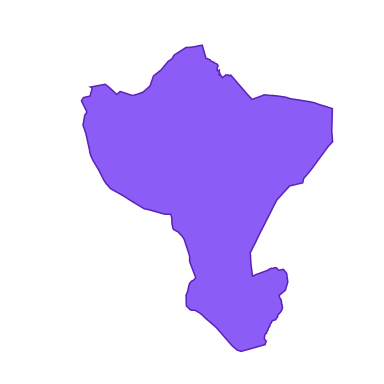 Santo Tomás Ocotepec, Oaxaca, Mexico, rotated 282°
{"feature_id": "50627088B23444844999779", "entity_name": "Santo Tomás Ocotepec", "entity_type": "district", "adm_level": 2, "iso_a3": "MEX", "parent_name": "Mexico", "parent_adm1": "Oaxaca", "projection": "orthographic", "projection_center": [-97.795, 17.12], "detail": "fine", "context": "isolated", "style": "filled", "palette": "violet", "viewbox_px": 384, "rotation_deg": 282, "n_neighbors": 0, "source": "geoboundaries", "source_scale": "gbopen_adm2", "svg_char_len": 3916}
<svg xmlns="http://www.w3.org/2000/svg" viewBox="0 0 384 384"><g transform="rotate(282 192 192)"><path d="M325.8,177.8L328.6,176.3L334.7,173.1L337.7,171.5L336.4,168.1L334.9,164.9L333.2,160.4L332.6,158.2L332.2,156.2L322.4,146.2L317.8,144.5L314.8,141.5L304.9,136.3L297.5,130.2L291.9,129.5L286.8,128.8L279.6,123.4L276.3,118.2L274.0,113.8L275.4,100.8L271.8,98.2L276.9,89.6L279.3,84.7L276.9,78.9L273.6,71.0L273.3,72.4L271.1,72.8L267.6,72.4L264.7,72.4L261.8,66.2L260.3,65.6L258.2,64.9L249.9,71.4L248.2,72.6L244.9,71.1L241.4,71.2L237.0,71.4L234.8,71.4L228.8,75.1L225.1,77.0L216.8,80.7L211.8,83.0L209.8,83.7L206.5,85.4L201.9,88.9L199.9,90.8L197.5,93.0L194.1,96.2L184.9,103.6L182.3,106.3L180.3,109.0L179.3,110.3L178.3,111.7L177.5,114.3L176.8,116.5L175.7,120.3L173.7,126.3L172.8,128.9L171.7,131.5L169.5,137.6L168.1,141.7L166.2,147.2L165.7,148.7L165.7,152.8L165.4,157.3L165.2,161.3L164.6,169.5L165.5,174.4L165.7,175.9L162.2,177.7L156.9,179.0L152.4,180.9L151.4,182.0L150.6,184.8L150.0,186.8L148.8,188.4L146.9,191.3L144.2,194.1L143.3,194.6L142.0,195.4L140.8,196.1L138.8,197.2L136.1,198.8L133.7,200.2L129.6,202.5L128.7,203.0L123.5,204.1L108.9,213.5L106.7,212.2L105.8,211.6L104.7,210.1L102.1,208.6L98.9,208.4L95.5,208.4L92.3,208.2L89.6,207.6L88.3,208.0L85.5,208.7L81.8,209.5L79.3,210.3L78.0,212.5L77.4,213.3L76.6,214.1L76.3,216.4L76.9,219.4L75.4,224.5L73.5,228.1L71.2,231.7L64.5,243.9L49.8,263.4L46.8,269.0L46.3,273.2L47.6,275.6L51.6,283.3L53.2,286.4L53.2,286.5L54.5,288.7L55.3,290.2L55.3,290.3L57.7,294.8L57.8,295.2L60.1,295.4L61.6,295.6L62.6,294.3L63.3,293.3L67.8,292.9L67.9,293.1L68.8,293.5L69.0,293.8L69.4,294.3L70.9,294.1L71.6,294.5L72.7,294.9L73.1,295.0L73.7,295.1L74.2,295.1L74.8,295.1L75.4,295.4L76.0,295.3L76.5,295.9L77.0,296.1L77.5,296.1L77.7,295.9L78.8,295.7L79.3,296.1L80.0,296.6L81.0,296.8L81.9,297.0L82.5,297.2L82.9,297.5L83.0,297.8L83.4,298.6L83.8,299.1L83.9,299.6L84.6,300.4L85.1,300.6L85.5,300.6L85.8,300.6L86.5,301.0L87.2,301.5L87.5,301.7L88.2,301.7L88.8,301.3L89.0,301.3L89.4,301.3L89.6,301.5L91.1,302.6L91.9,303.0L92.5,303.4L92.9,303.6L93.2,303.6L93.8,303.8L94.0,303.9L94.3,304.1L94.6,304.3L95.3,304.4L97.0,304.4L97.2,304.5L97.5,304.7L97.9,304.5L98.8,304.1L99.3,303.9L99.8,303.7L100.1,303.7L100.3,303.7L100.7,303.4L100.9,303.3L101.6,302.8L102.3,302.5L102.7,302.4L103.0,302.5L103.4,302.4L103.8,302.1L104.1,302.0L104.5,301.7L104.9,301.7L105.0,301.7L106.3,300.3L106.5,300.0L107.2,299.7L107.4,299.5L107.8,299.2L108.7,298.9L108.9,298.7L115.4,303.8L124.0,304.4L132.1,301.5L135.4,297.4L133.7,293.9L133.6,293.4L133.8,292.5L135.4,290.3L135.3,288.9L134.5,287.8L134.1,287.2L133.9,286.1L133.8,285.2L132.0,283.0L131.3,282.3L130.5,281.3L124.2,271.2L122.2,268.9L122.4,268.7L122.8,268.5L133.7,264.7L137.5,263.6L142.9,262.2L144.2,261.5L148.7,262.7L151.9,263.5L154.7,264.3L159.2,265.4L161.5,265.9L167.8,267.5L171.4,268.5L176.6,269.9L181.1,271.1L189.3,273.3L193.7,274.4L201.1,276.4L203.3,277.5L210.5,281.7L214.8,284.3L218.2,286.2L221.1,292.3L222.7,295.7L224.0,298.4L228.4,298.4L237.6,303.4L242.2,305.5L251.6,309.7L256.1,311.8L265.2,315.9L267.1,317.1L270.5,319.1L272.1,318.6L275.5,317.6L280.4,316.1L287.5,314.8L297.1,313.0L302.7,312.0L303.6,303.7L303.9,299.1L304.7,293.1L304.8,288.3L304.6,284.9L304.2,276.8L303.7,268.9L304.2,264.7L304.2,263.6L303.8,256.9L303.2,250.6L302.9,249.5L302.5,246.4L302.3,244.5L302.1,242.2L301.0,241.0L299.2,238.1L295.1,231.5L299.1,225.8L314.4,205.6L314.1,205.0L313.4,204.5L313.5,203.8L314.0,203.3L313.8,201.9L313.5,201.5L313.5,200.5L312.1,199.9L311.2,198.5L310.4,198.3L310.2,197.6L310.5,197.3L310.8,196.8L311.3,196.6L311.6,196.4L312.2,196.1L312.5,195.5L312.1,194.3L312.9,193.9L313.9,194.6L314.7,194.0L315.8,193.5L316.8,193.4L316.0,192.7L316.0,191.4L316.7,191.3L317.1,191.4L318.0,190.9L318.9,190.9L319.7,191.1L321.1,191.2L322.0,190.4L322.2,190.0L322.4,189.6L322.9,187.1L323.3,186.8L323.4,186.5L323.9,183.9L324.4,182.9L325.1,182.2L325.8,177.8Z" fill="#8b5cf6" stroke="#5b21b6" stroke-width="1.5"/></g></svg>